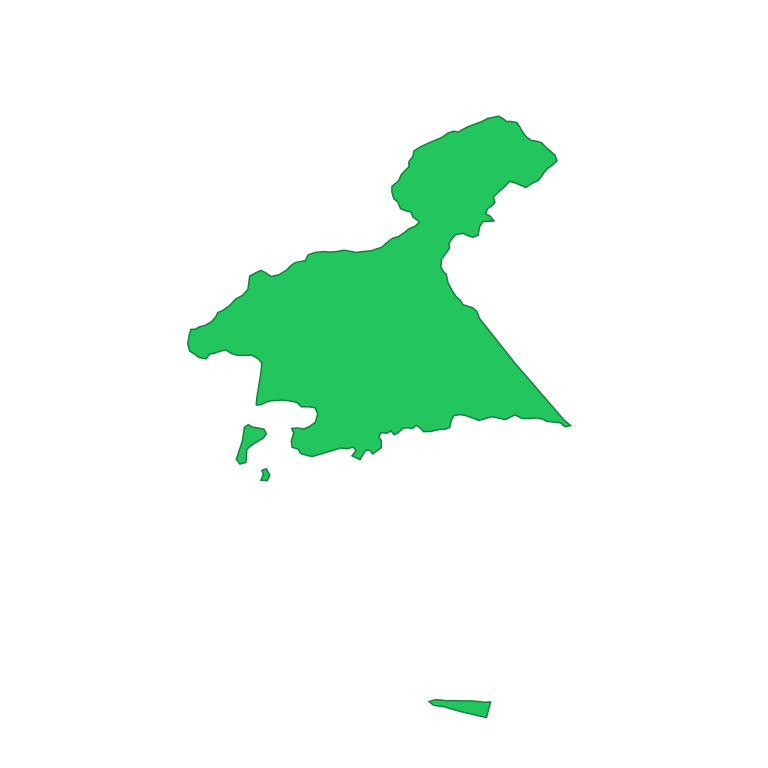 the district of Itaguaí, Rio de Janeiro, Brazil, rotated 18°
{"feature_id": "56859067B25747814882547", "entity_name": "Itaguaí", "entity_type": "district", "adm_level": 2, "iso_a3": "BRA", "parent_name": "Brazil", "parent_adm1": "Rio de Janeiro", "projection": "albers", "projection_center": [-43.809, -22.874], "detail": "fine", "context": "isolated", "style": "filled", "palette": "green", "viewbox_px": 768, "rotation_deg": 18, "n_neighbors": 0, "source": "geoboundaries", "source_scale": "gbopen_adm2", "svg_char_len": 3465}
<svg xmlns="http://www.w3.org/2000/svg" viewBox="0 0 768 768"><g transform="rotate(18 384 384)"><path d="M459.4,105.8L454.2,105.9L448.5,106.8L442.5,104.7L436.9,100.6L433.7,97.6L429.6,94.3L423.7,95.1L419.1,96.4L415.2,94.9L410.4,93.8L405.3,96.7L400.5,99.4L396.5,103.6L391.2,107.9L384.3,113.4L379.7,118.1L376.9,121.4L372.0,122.1L366.9,125.9L363.0,131.4L358.2,135.7L352.1,140.9L348.0,144.7L344.0,148.7L340.4,153.3L341.1,158.5L339.0,164.8L340.6,169.9L338.1,174.5L335.8,179.3L335.1,186.2L330.5,193.5L332.1,198.8L336.0,204.8L341.1,206.8L345.4,212.1L351.3,212.6L356.3,212.1L359.8,216.1L367.6,219.0L364.8,224.4L359.5,228.9L356.6,233.6L352.4,239.1L347.3,242.6L342.7,249.1L339.7,254.6L335.8,257.4L330.7,261.2L323.0,264.6L316.6,267.6L310.9,268.2L304.6,269.1L298.6,272.4L292.4,275.1L285.2,276.9L277.9,280.2L272.1,284.4L270.9,291.0L266.1,293.7L262.1,296.0L258.6,300.4L256.2,305.7L250.2,312.7L243.3,316.7L237.2,314.8L231.9,314.0L227.5,318.0L222.9,322.8L224.1,329.3L225.3,335.9L222.2,343.3L216.7,348.9L213.0,357.1L207.7,364.1L203.8,367.4L203.3,372.1L200.6,378.1L195.5,383.9L190.7,386.7L187.7,390.2L183.5,391.7L183.7,398.3L184.9,406.3L189.0,412.7L195.5,414.4L200.2,416.0L207.1,415.0L208.9,409.5L214.2,406.4L218.9,402.9L223.0,400.5L229.5,402.1L235.0,402.1L241.7,400.2L249.1,397.4L256.4,398.9L261.3,401.7L263.6,412.4L265.6,425.1L266.8,433.2L267.7,438.4L269.1,443.5L273.4,441.7L277.8,437.4L282.1,434.7L287.6,432.6L292.2,430.7L298.4,429.4L306.7,428.4L312.5,431.2L319.5,428.9L325.8,427.9L330.2,433.1L330.5,441.7L326.4,447.3L321.7,451.6L315.3,452.5L309.9,454.8L313.4,458.7L313.4,466.7L316.0,472.5L322.4,472.5L326.1,475.9L334.2,475.6L338.5,475.0L362.6,458.2L368.8,457.0L374.3,453.5L378.0,455.9L375.7,462.2L384.5,463.4L385.9,457.4L387.0,452.7L390.9,451.3L394.9,454.0L401.1,445.4L399.0,438.7L395.5,436.1L396.0,431.2L401.8,429.9L405.2,426.5L409.4,429.2L412.6,425.9L415.8,420.1L420.5,418.1L424.8,417.6L427.3,413.4L431.6,414.4L436.4,417.1L442.6,414.9L450.4,410.4L456.7,407.8L460.0,404.9L459.2,397.9L460.1,392.6L465.6,389.6L471.2,388.8L476.5,388.9L485.5,389.3L492.2,384.8L496.6,381.8L503.8,380.9L510.4,380.4L518.1,372.8L526.0,374.1L533.1,371.9L539.7,369.1L546.2,368.4L550.4,369.2L555.7,368.1L563.7,366.4L569.3,368.7L574.3,365.9L566.3,362.6L518.3,333.5L510.4,328.8L501.0,323.0L454.7,292.2L449.8,286.2L444.9,284.1L439.6,284.1L434.6,284.1L430.9,281.0L425.4,278.4L420.4,274.6L413.5,267.9L409.5,260.6L405.1,258.3L401.8,254.8L400.2,247.3L402.4,240.9L404.3,234.8L402.4,229.8L404.2,223.8L406.1,219.6L412.7,216.3L419.1,217.1L423.3,216.9L427.6,213.4L426.3,204.8L427.9,198.8L432.7,197.1L438.1,195.0L433.5,191.7L427.9,190.5L428.4,185.1L431.2,181.6L433.4,177.0L430.3,172.5L434.0,165.3L437.4,159.7L440.8,152.5L446.2,152.2L452.9,152.7L458.2,153.3L463.0,147.2L467.6,142.9L469.5,138.4L470.7,134.0L472.7,128.9L476.9,123.1L479.6,118.4L475.9,113.5L470.2,111.1L464.8,108.9L459.4,105.8ZM583.6,653.4L578.7,655.4L574.1,656.4L567.9,657.6L562.4,659.2L555.0,661.6L547.0,663.9L541.6,665.9L535.9,666.9L530.3,668.4L525.0,672.1L530.3,674.2L534.7,673.6L539.9,672.4L545.1,672.3L551.3,672.1L557.5,671.9L563.9,671.4L571.3,670.7L575.7,670.4L584.5,669.6L583.6,653.4ZM266.8,501.3L271.8,504.7L276.8,501.3L275.4,494.6L273.7,488.8L275.9,484.8L278.6,481.2L281.6,477.5L285.6,473.3L287.6,468.0L283.9,464.1L277.9,464.7L271.9,465.7L267.5,464.5L264.6,468.3L266.8,480.8L266.9,486.3L266.8,501.3ZM302.9,511.9L303.5,506.0L298.2,501.0L294.5,503.9L297.3,507.3L296.6,513.5L302.9,511.9Z" fill="#22c55e" stroke="#15803d" stroke-width="1.5"/></g></svg>